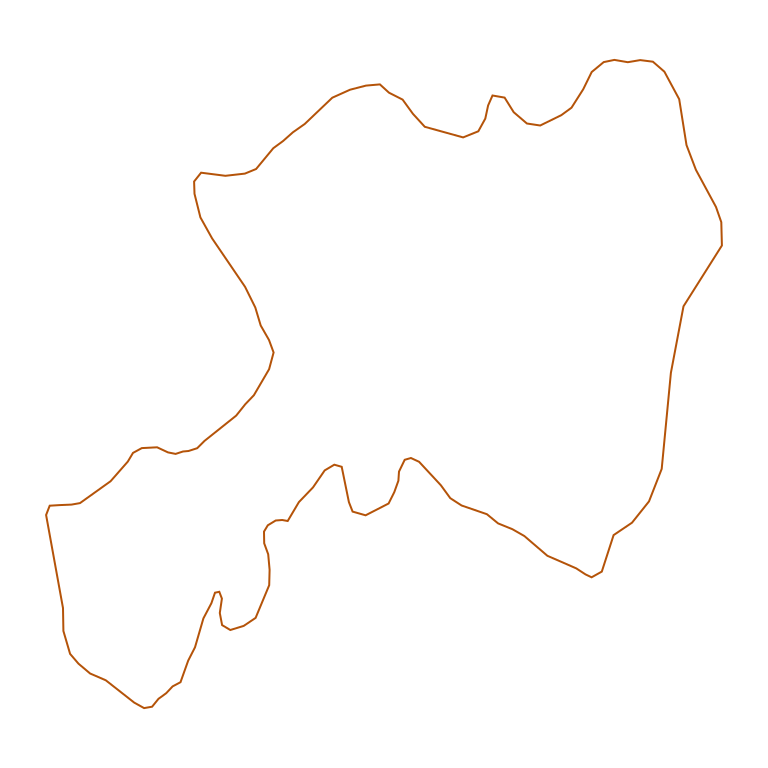 the Governorate of Dhamar
{"feature_id": "YEM-153", "entity_name": "Dhamar", "entity_type": "Governorate", "adm_level": 1, "iso_a3": "YEM", "parent_name": "Yemen", "parent_adm1": "", "projection": "equal_earth", "projection_center": [44.123, 14.553], "detail": "fine", "context": "isolated", "style": "outline", "palette": "amber", "viewbox_px": 768, "rotation_deg": 0, "n_neighbors": 0, "source": "natural_earth", "source_scale": "10m", "svg_char_len": 1756}
<svg xmlns="http://www.w3.org/2000/svg" viewBox="0 0 768 768"><path d="M144.1,708.1L134.2,702.6L105.8,680.3L90.1,673.5L78.5,663.7L70.1,653.9L63.4,631.0L63.0,608.1L46.1,515.0L49.7,505.7L59.6,505.1L71.5,504.6L80.0,503.1L110.6,481.2L127.8,461.6L133.0,452.9L141.8,448.1L157.1,447.3L168.0,452.4L175.6,453.9L183.0,451.5L188.5,451.0L197.2,448.2L204.5,440.9L236.2,415.6L245.3,404.2L253.9,395.2L269.1,369.2L273.6,352.5L269.0,340.0L260.7,325.5L255.3,307.5L245.1,286.9L212.1,238.4L200.4,217.4L194.5,193.8L194.1,181.5L201.1,172.7L225.4,175.8L244.9,173.6L256.1,169.0L273.3,148.2L283.1,141.0L292.9,132.3L304.7,124.0L332.3,97.7L350.1,89.7L366.0,85.6L379.9,84.4L389.0,92.7L402.6,99.6L412.9,113.8L424.8,126.8L463.1,137.4L478.3,131.3L485.3,118.6L488.1,105.5L492.5,95.5L504.6,97.6L513.7,112.2L526.9,123.5L540.2,125.5L561.4,115.1L571.5,107.7L583.2,89.3L591.7,72.0L603.7,62.1L614.4,59.9L627.8,62.2L640.2,60.1L652.9,61.7L664.4,71.7L679.2,99.2L686.5,145.1L695.9,169.8L716.0,207.0L721.3,222.2L721.9,245.5L683.5,306.3L670.9,372.8L661.7,468.9L649.0,501.4L632.0,522.7L613.6,535.1L601.8,571.6L591.6,577.3L585.5,574.4L576.3,568.4L547.4,555.8L524.3,536.0L512.4,529.2L498.1,523.4L486.9,514.2L461.6,505.5L450.3,498.2L440.9,485.3L419.1,461.8L410.9,458.0L404.7,459.8L399.0,471.6L398.4,480.7L394.3,492.1L388.6,503.5L365.6,515.3L352.6,511.6L348.9,502.1L341.7,466.8L334.3,464.7L324.7,470.4L313.0,487.4L298.9,502.1L287.7,521.0L282.2,520.0L275.7,520.5L267.8,525.3L264.0,531.6L264.2,543.3L268.2,554.3L269.6,569.8L269.2,585.2L255.6,617.9L243.7,625.9L230.3,630.0L222.1,625.1L219.8,613.0L221.9,598.6L219.3,591.8L215.0,592.7L211.4,603.2L203.4,618.4L195.0,647.3L188.2,660.6L180.5,682.2L172.6,686.4L166.2,693.2L158.5,698.8L152.1,706.7L144.1,708.1Z" fill="none" stroke="#b45309" stroke-width="2"/></svg>